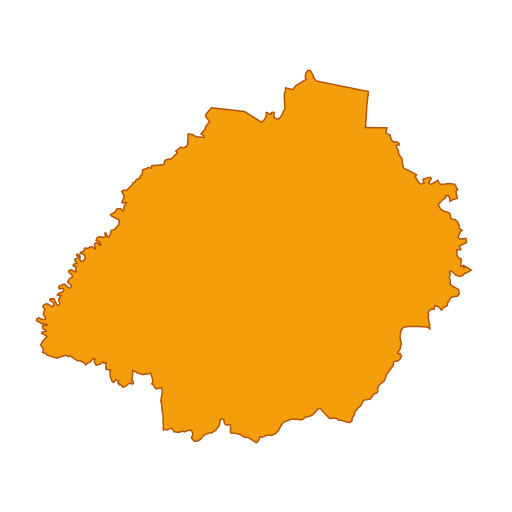 Ayapel, Córdoba, Colombia, rotated 3°
{"feature_id": "7082276B48600116890158", "entity_name": "Ayapel", "entity_type": "district", "adm_level": 2, "iso_a3": "COL", "parent_name": "Colombia", "parent_adm1": "Córdoba", "projection": "albers", "projection_center": [-75.075, 8.281], "detail": "fine", "context": "isolated", "style": "filled", "palette": "amber", "viewbox_px": 512, "rotation_deg": 3, "n_neighbors": 0, "source": "geoboundaries", "source_scale": "gbopen_adm2", "svg_char_len": 6024}
<svg xmlns="http://www.w3.org/2000/svg" viewBox="0 0 512 512"><g transform="rotate(3 256 256)"><path d="M471.7,258.8L465.7,255.4L464.1,256.9L464.0,254.5L461.1,255.6L461.0,248.1L458.2,247.2L456.6,244.5L456.2,239.4L460.2,238.9L458.5,235.3L465.6,231.5L464.6,227.3L458.3,228.5L456.8,226.4L459.0,220.8L460.4,219.5L457.4,217.8L457.4,215.1L455.4,211.3L453.2,209.5L448.7,208.5L447.5,203.5L444.5,201.9L441.6,201.7L439.9,200.8L436.8,198.0L435.4,194.9L439.0,190.6L442.2,188.1L442.0,185.8L444.7,185.8L446.4,187.8L446.8,191.2L449.5,189.5L454.1,187.9L452.2,181.0L454.0,179.2L450.6,174.0L445.2,173.5L436.9,175.0L435.1,173.7L433.7,171.0L426.6,175.5L424.6,173.8L427.1,169.5L425.9,168.2L418.7,170.6L420.0,174.6L416.6,175.5L414.8,174.1L410.6,168.2L411.4,167.8L412.0,166.4L402.4,161.9L399.7,161.2L398.7,160.2L397.6,156.9L396.8,151.5L393.6,147.3L392.6,144.9L392.8,143.4L390.4,139.4L390.4,138.0L393.0,137.8L393.1,136.3L390.9,134.8L386.9,134.7L385.5,133.3L384.4,131.3L383.6,128.2L381.3,127.5L379.3,125.9L380.0,121.2L358.6,122.0L358.9,98.4L359.7,85.9L307.3,78.2L304.5,75.5L303.7,72.6L300.7,68.2L298.2,67.8L296.1,71.0L295.8,74.7L296.8,77.0L286.7,83.9L284.0,87.9L276.8,86.5L276.6,90.8L275.7,93.3L277.3,108.3L275.6,110.0L275.2,112.7L272.8,116.5L271.1,118.0L269.8,118.3L266.8,116.5L266.5,111.6L264.3,111.8L263.8,112.2L263.9,113.4L262.8,113.9L259.2,112.1L258.5,112.5L259.3,113.5L258.4,117.2L256.7,120.2L254.5,122.1L236.9,112.3L203.9,110.3L198.6,116.9L198.6,119.5L202.6,124.1L199.1,129.3L198.8,131.4L194.7,136.9L197.7,138.7L197.6,140.3L190.9,140.1L189.0,139.6L186.8,138.3L181.9,137.6L181.8,148.8L180.1,150.8L177.0,151.9L175.1,151.3L170.4,155.5L172.1,157.1L165.8,163.8L163.4,163.8L161.2,164.7L159.9,165.8L159.2,169.2L158.2,169.8L147.4,171.1L146.8,171.9L147.2,173.2L146.8,173.9L143.8,173.2L141.1,174.9L138.4,175.7L138.0,180.3L136.4,181.9L136.0,184.4L132.9,185.7L131.9,186.8L131.6,188.4L129.6,189.0L127.9,192.2L123.7,196.9L120.4,197.2L118.5,198.5L121.1,202.6L120.6,206.0L119.2,209.6L120.3,210.2L123.1,209.1L124.0,209.5L121.7,213.3L121.5,217.3L120.5,218.0L119.2,216.4L118.1,215.8L114.8,216.1L112.8,219.6L108.5,222.3L109.8,223.8L114.4,225.6L117.1,227.2L117.7,229.9L116.8,232.3L113.2,237.2L110.1,237.9L109.3,242.4L107.8,244.9L106.7,244.8L104.8,241.0L104.1,240.8L103.9,241.5L104.8,243.7L104.4,244.8L102.6,245.4L98.9,244.9L96.5,245.9L95.4,248.9L98.4,249.6L100.7,252.9L100.2,253.4L99.4,253.3L96.9,251.0L94.9,251.4L94.0,253.3L95.4,257.4L94.7,257.4L91.9,255.2L90.4,255.5L87.5,257.3L85.0,256.9L84.2,257.7L84.1,259.6L83.6,260.4L80.5,261.5L80.3,262.7L83.4,263.0L85.1,264.7L85.5,267.6L84.2,269.7L82.9,270.3L80.8,270.0L80.3,269.2L80.4,266.1L79.9,264.7L78.1,263.6L76.8,263.8L77.0,264.9L78.8,266.2L79.1,267.0L75.7,268.4L75.4,269.9L77.6,272.5L74.4,273.7L73.8,274.9L74.4,275.8L77.0,275.9L76.6,278.6L77.3,281.2L76.3,281.5L74.2,280.0L71.9,279.4L70.6,279.8L69.7,281.2L70.1,282.2L72.6,283.9L73.8,285.7L73.5,286.9L71.5,287.9L69.3,291.3L69.8,292.5L72.7,294.5L73.0,295.7L72.6,297.2L71.9,297.8L70.8,297.8L65.9,294.0L61.4,296.1L60.6,297.6L61.0,298.9L62.2,299.1L64.8,298.3L66.0,299.7L65.3,301.5L61.4,303.3L59.7,305.2L60.0,305.8L62.1,305.4L63.4,305.7L61.4,309.1L61.3,310.7L62.5,313.6L62.3,314.9L61.1,315.6L59.5,314.9L56.5,309.3L52.7,309.4L52.3,310.3L52.7,311.1L56.0,313.3L56.7,315.2L56.2,316.6L54.2,317.0L51.0,315.0L49.0,314.7L46.9,315.8L45.8,317.5L47.9,320.7L46.6,325.3L48.7,328.1L49.1,329.9L46.9,330.8L42.1,329.0L40.4,330.3L40.3,331.8L41.2,332.7L46.7,335.2L50.3,335.1L51.0,335.5L50.5,336.3L47.0,336.7L46.3,337.5L47.1,339.9L49.9,341.1L50.4,341.8L50.0,342.5L46.5,343.0L46.0,344.6L50.5,346.5L51.5,347.7L48.4,350.7L45.6,356.1L48.5,360.0L48.1,363.7L51.5,364.3L52.3,365.8L62.5,368.4L71.1,365.0L73.9,366.2L74.6,365.4L78.3,366.9L82.7,369.8L86.0,369.8L90.8,372.1L91.4,373.6L96.1,370.1L98.9,366.7L100.9,367.6L100.1,368.1L100.0,369.9L102.0,373.4L105.8,372.2L108.1,370.1L108.9,370.0L109.9,371.0L112.0,370.2L111.7,372.9L112.1,377.0L116.7,377.4L116.0,379.2L116.6,381.0L116.6,383.3L118.4,388.1L120.2,389.8L122.7,386.9L125.1,387.9L124.7,389.9L126.3,390.6L126.0,391.8L128.2,391.9L129.9,394.1L133.8,392.1L134.2,391.2L136.8,389.2L138.1,390.4L140.3,389.9L139.8,387.5L138.5,386.8L139.1,379.6L138.8,376.5L143.9,379.1L149.6,380.4L157.0,378.6L159.3,384.8L159.6,387.2L158.6,389.1L160.4,390.4L163.0,393.9L168.3,392.6L169.7,395.8L168.5,406.2L169.0,406.2L170.7,417.2L171.5,419.3L172.6,434.4L174.0,434.0L176.7,434.4L180.0,432.2L182.6,434.1L183.0,435.7L187.2,436.1L189.6,435.8L191.4,434.6L193.9,435.4L197.5,433.5L199.6,433.5L201.0,434.3L201.9,435.7L202.1,437.5L201.2,440.7L201.5,441.5L203.9,444.0L206.2,444.2L209.4,442.7L213.7,437.4L219.1,434.9L220.8,435.1L224.9,432.1L228.2,427.2L229.0,420.9L230.9,420.5L232.6,421.5L233.1,424.5L234.3,426.0L236.0,426.3L238.7,425.6L239.4,426.0L239.7,433.2L240.2,434.1L244.3,434.1L249.3,435.0L254.1,437.7L257.9,437.7L266.1,442.5L267.8,440.8L269.8,436.1L272.1,436.6L275.3,434.8L278.0,434.2L281.4,434.3L284.3,432.6L287.3,429.6L289.2,425.3L292.3,420.5L300.4,416.9L310.5,417.2L314.2,414.2L318.9,412.9L320.8,411.7L324.1,408.2L325.8,405.5L327.1,404.9L328.7,405.3L330.7,407.7L337.9,414.3L345.1,413.8L346.8,415.6L350.8,415.8L355.8,417.2L358.3,417.4L359.6,416.7L360.4,415.4L360.6,412.8L362.4,409.6L363.0,406.3L365.5,402.8L368.7,399.7L370.8,394.9L372.0,394.1L377.5,392.9L380.9,387.7L383.1,386.8L384.6,385.4L384.6,381.0L385.5,378.6L390.7,373.8L392.7,367.4L398.6,358.3L399.2,354.4L403.5,353.1L405.3,351.4L406.5,348.2L404.4,346.7L405.1,346.0L402.8,345.7L402.9,344.4L405.2,340.7L404.8,339.6L405.8,336.4L404.0,329.2L404.7,322.6L406.8,319.7L410.1,318.6L421.1,317.9L430.9,318.0L433.5,319.6L433.0,317.2L433.2,315.3L432.4,313.9L431.2,307.8L431.4,305.3L430.9,303.7L431.6,301.6L434.1,299.9L436.6,299.9L437.1,296.1L441.7,297.5L443.9,300.3L445.8,297.8L449.6,295.6L449.9,292.7L451.3,290.6L452.3,287.8L453.7,286.9L459.3,285.5L461.0,283.2L460.3,279.8L459.4,278.5L453.3,275.7L451.4,273.5L451.2,269.8L450.2,267.7L450.8,264.4L450.3,261.6L450.8,261.9L451.5,260.8L452.7,261.2L456.0,264.4L460.8,265.8L463.3,264.6L465.6,262.2L467.8,261.4L471.7,258.8Z" fill="#f59e0b" stroke="#b45309" stroke-width="1.5"/></g></svg>